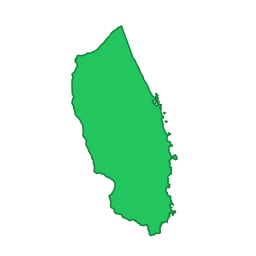 Aceh Jaya, Aceh, Indonesia, rotated 199°
{"feature_id": "22746128B21424895456858", "entity_name": "Aceh Jaya", "entity_type": "district", "adm_level": 2, "iso_a3": "IDN", "parent_name": "Indonesia", "parent_adm1": "Aceh", "projection": "robinson", "projection_center": [95.543, 4.811], "detail": "fine", "context": "isolated", "style": "filled", "palette": "green", "viewbox_px": 256, "rotation_deg": 199, "n_neighbors": 0, "source": "geoboundaries", "source_scale": "gbopen_adm2", "svg_char_len": 5622}
<svg xmlns="http://www.w3.org/2000/svg" viewBox="0 0 256 256"><g transform="rotate(199 128 128)"><path d="M198.5,160.6L196.5,158.0L196.4,155.0L195.8,152.8L192.1,142.8L191.4,141.7L189.9,140.5L189.5,139.6L189.7,137.2L189.3,134.0L188.9,133.1L187.5,131.7L186.6,131.0L185.2,128.2L183.3,126.0L182.6,124.2L182.2,123.6L181.0,122.8L176.0,120.0L174.8,118.5L172.1,116.2L171.2,114.7L169.1,110.3L168.5,107.1L167.8,105.9L166.9,105.0L164.4,103.7L163.4,102.8L163.1,102.3L162.7,99.5L162.0,98.1L159.1,95.4L157.3,93.2L153.6,90.2L152.3,87.4L150.9,86.7L150.0,85.9L149.0,83.0L147.9,82.0L147.4,80.7L146.7,79.7L146.0,75.9L145.3,75.5L142.4,74.8L141.1,76.1L140.6,76.4L138.1,76.0L136.9,76.1L135.8,76.6L135.3,76.6L134.2,75.5L133.5,75.2L131.9,74.9L129.3,74.8L125.2,73.7L123.7,72.9L122.9,72.1L121.9,70.6L121.2,68.3L121.1,64.4L122.1,59.8L122.4,59.3L123.7,58.2L123.8,57.8L122.6,55.8L120.8,53.5L120.0,52.2L119.2,49.1L118.5,47.7L117.3,47.1L115.6,47.1L115.0,46.9L114.4,46.0L113.6,44.2L112.1,43.3L110.5,43.3L109.4,43.7L105.8,43.9L103.8,41.9L99.8,41.8L97.8,41.4L96.7,40.9L95.4,41.4L94.2,42.8L92.9,42.8L92.1,43.1L91.7,43.1L91.0,42.3L90.6,42.8L89.7,42.6L89.2,42.0L88.4,41.8L87.5,41.3L85.3,41.2L85.0,40.4L84.6,40.2L83.1,40.8L82.4,40.6L81.3,40.7L80.3,41.8L78.4,43.0L78.4,42.2L78.0,41.7L77.7,41.4L77.1,41.7L76.4,41.1L76.6,39.5L75.6,39.0L75.5,38.0L74.8,37.3L74.1,37.1L73.9,36.8L73.7,35.3L73.3,34.6L72.4,33.9L71.9,33.7L71.1,33.9L69.3,35.4L68.1,35.7L68.0,36.1L68.2,36.8L67.4,37.4L67.0,37.9L66.6,38.2L65.1,38.0L64.0,38.6L63.4,40.1L64.3,41.2L64.3,42.1L65.3,43.4L64.9,44.2L65.2,45.3L64.9,45.7L65.7,46.8L64.8,47.6L64.7,48.2L65.4,48.9L65.4,49.3L63.7,49.8L63.5,50.0L62.9,51.1L61.7,51.5L60.8,52.4L60.4,52.2L60.9,53.3L60.6,54.1L60.7,55.1L60.4,55.9L60.6,56.6L60.3,57.1L60.2,58.1L59.7,58.1L60.0,58.8L60.5,59.7L61.1,59.8L61.3,60.3L60.9,60.5L60.3,61.5L60.0,61.2L59.6,61.9L59.0,62.4L58.5,62.5L57.3,62.2L56.7,62.4L55.8,63.3L56.1,63.5L56.3,64.1L56.0,64.7L56.2,64.9L57.2,64.3L57.7,64.5L59.1,63.0L59.9,63.3L59.8,63.9L60.0,64.6L60.8,65.0L61.5,66.1L61.5,66.8L61.3,67.0L61.8,67.0L62.2,67.9L62.9,67.9L63.1,68.5L62.9,69.8L62.3,70.6L61.2,70.3L60.7,70.5L60.3,70.3L60.4,70.5L61.6,71.2L62.3,71.0L62.7,71.3L62.8,71.5L62.7,71.8L63.0,71.9L63.2,72.5L63.0,73.2L63.2,73.3L63.6,73.1L64.0,73.4L64.2,74.2L64.9,75.2L65.4,77.1L66.0,77.4L66.7,76.8L67.0,77.1L67.7,77.2L68.6,77.7L69.3,78.5L69.9,79.7L70.2,79.4L71.0,79.5L71.7,80.9L72.1,83.1L71.8,84.7L71.9,84.9L70.9,85.4L69.9,85.0L69.5,85.0L69.5,85.3L70.2,86.0L69.7,86.3L69.7,86.9L70.0,87.3L70.1,88.1L70.4,88.3L70.9,88.3L71.4,87.7L72.1,88.3L72.6,90.3L72.4,90.5L73.3,91.4L73.1,92.9L74.5,94.0L74.6,95.3L74.4,95.9L73.7,96.4L73.3,97.7L72.2,98.6L72.7,100.0L72.6,100.8L73.5,102.1L73.6,102.8L74.0,103.8L73.9,104.6L74.4,104.8L75.5,104.7L76.1,105.9L76.7,108.5L78.5,110.3L77.9,110.9L77.1,113.0L77.0,113.4L77.2,114.2L77.4,114.3L77.1,114.4L77.5,114.7L77.4,115.1L77.8,115.6L79.0,116.4L80.1,118.0L81.3,118.6L82.9,122.6L83.0,123.6L82.7,124.5L81.2,125.1L80.5,124.9L80.5,125.9L81.8,126.2L82.4,126.5L83.2,128.3L84.0,128.6L84.9,128.7L85.6,128.4L86.1,128.4L86.8,128.9L87.7,130.4L88.1,132.5L88.1,133.2L87.7,133.8L89.9,135.0L91.7,136.6L94.4,139.5L96.3,142.3L96.0,143.1L96.1,143.6L96.7,143.7L97.9,145.2L99.2,147.5L99.3,148.7L99.0,149.1L98.7,149.4L98.7,149.1L98.1,148.8L97.8,149.3L97.6,149.2L97.9,149.4L98.2,150.4L98.7,150.2L101.0,152.2L102.3,153.8L102.9,155.0L102.8,156.1L103.2,157.4L103.5,157.0L104.4,157.1L104.6,157.6L104.1,158.4L104.4,159.3L104.1,159.5L104.0,160.3L104.2,160.9L104.4,160.9L104.6,160.4L104.9,160.2L105.5,160.6L106.4,160.8L107.1,160.6L107.5,160.5L107.3,159.7L107.8,159.2L107.7,158.4L108.4,158.0L109.5,158.3L110.0,158.8L110.3,159.6L111.1,159.4L112.3,159.9L112.6,160.3L112.7,161.0L112.6,162.2L113.1,162.1L112.2,162.9L112.0,163.3L111.5,163.1L110.4,163.4L110.6,164.2L110.9,164.6L110.2,165.1L109.8,164.8L109.1,165.1L109.0,165.3L109.5,165.8L109.4,166.3L109.9,166.4L110.5,166.1L111.2,166.8L112.0,167.0L112.2,166.8L112.1,166.3L111.8,165.9L112.2,165.4L113.2,165.2L116.1,166.9L119.7,170.1L123.4,174.5L129.4,179.4L129.6,180.0L131.0,181.8L132.9,183.3L135.8,186.2L136.2,186.9L136.6,186.8L136.7,187.6L137.0,188.0L138.0,188.6L139.7,190.2L144.1,194.8L145.0,195.3L146.1,195.7L149.3,199.9L167.4,222.3L168.9,220.6L169.9,220.0L170.9,217.9L173.9,213.9L173.8,213.5L174.3,213.1L174.9,211.3L175.3,208.4L176.1,207.7L176.9,206.1L178.6,201.0L180.5,197.3L182.3,192.8L183.2,191.5L185.1,189.1L188.1,186.5L189.5,185.9L190.5,185.8L191.6,184.2L194.2,182.0L196.4,180.9L197.4,180.8L199.4,179.9L199.5,178.7L199.3,177.0L199.6,176.4L200.2,176.3L200.0,174.4L199.3,173.4L197.5,172.4L197.1,171.7L196.3,170.6L196.2,169.9L196.5,167.4L196.8,167.0L196.9,166.4L196.7,166.0L196.8,164.0L198.5,160.6ZM73.7,113.9L72.8,113.6L72.4,113.8L71.6,114.3L71.6,114.7L72.5,116.4L73.2,117.2L74.2,117.4L74.7,118.0L74.9,117.9L76.2,115.8L76.1,114.3L75.2,113.7L73.7,113.9ZM87.6,136.0L87.7,135.4L87.5,135.2L86.0,135.3L85.8,135.6L86.0,136.2L86.5,136.2L87.5,136.7L87.9,136.6L87.9,136.4L87.6,136.0ZM109.9,161.9L110.6,161.3L110.6,160.9L109.8,160.5L109.4,161.0L109.5,161.8L109.9,161.9ZM107.8,163.4L108.1,163.1L108.1,162.7L107.9,162.4L107.8,161.6L107.4,161.8L107.2,162.4L107.3,163.1L107.8,163.4ZM94.9,146.1L94.5,145.9L94.0,146.2L93.7,146.0L93.4,146.2L93.2,146.9L93.6,147.0L93.9,146.5L94.7,146.8L94.9,146.6L94.9,146.1ZM57.9,61.0L58.0,60.5L57.4,60.1L57.0,60.3L57.0,60.8L57.9,61.0ZM98.8,153.4L98.0,153.4L97.7,154.1L98.2,153.9L98.5,154.1L98.6,154.5L99.0,154.4L99.0,154.0L98.8,153.4ZM109.1,163.5L109.4,163.0L109.1,162.5L108.8,162.4L108.7,163.3L109.1,163.5ZM111.1,168.8L111.1,168.1L110.5,167.9L110.4,168.6L111.1,168.8ZM112.4,169.8L112.8,169.5L112.4,168.8L112.1,169.6L112.4,169.8Z" fill="#22c55e" stroke="#15803d" stroke-width="1.5"/></g></svg>